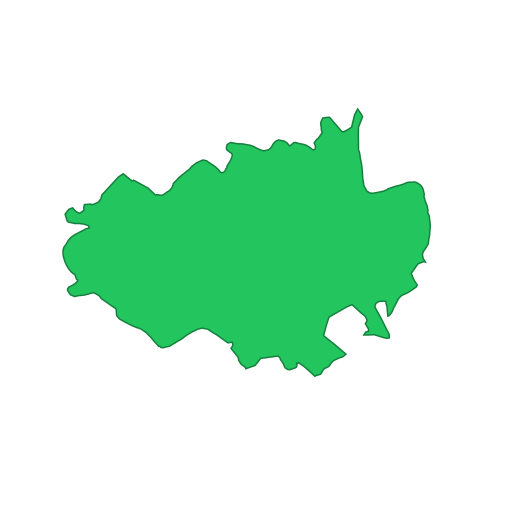 Itay Al-Barud, Al Buhayrah, Egypt, rotated 327°
{"feature_id": "37247803B96571076642873", "entity_name": "Itay Al-Barud", "entity_type": "district", "adm_level": 2, "iso_a3": "EGY", "parent_name": "Egypt", "parent_adm1": "Al Buhayrah", "projection": "orthographic", "projection_center": [30.664, 30.886], "detail": "fine", "context": "isolated", "style": "filled", "palette": "green", "viewbox_px": 512, "rotation_deg": 327, "n_neighbors": 0, "source": "geoboundaries", "source_scale": "gbopen_adm2", "svg_char_len": 6083}
<svg xmlns="http://www.w3.org/2000/svg" viewBox="0 0 512 512"><g transform="rotate(327 256 256)"><path d="M195.7,347.3L204.3,344.4L205.7,345.1L208.6,346.6L209.4,346.9L211.7,347.9L212.1,348.1L214.5,349.3L216.1,350.1L218.6,351.2L220.2,352.2L220.6,354.9L220.0,356.6L220.2,357.5L220.4,358.5L220.1,361.9L220.0,362.4L219.7,364.1L219.5,365.7L220.9,368.6L222.4,369.8L226.0,370.7L228.0,371.2L229.1,371.2L230.3,370.5L230.7,370.2L231.3,368.8L231.7,367.9L232.3,368.6L233.4,368.5L235.6,373.3L235.9,374.3L237.1,378.0L239.9,389.0L241.3,388.9L242.0,389.3L245.9,390.3L246.8,389.9L247.6,389.5L250.6,388.0L252.2,387.6L253.8,388.0L255.9,388.2L257.2,388.2L260.5,386.9L262.0,386.3L264.6,386.0L267.1,386.4L270.4,386.8L273.7,387.8L278.0,387.3L273.8,373.2L269.3,359.6L270.6,358.4L273.2,356.1L277.1,352.6L279.0,351.0L283.9,347.0L289.5,347.3L292.8,347.5L304.3,348.1L310.0,349.1L311.7,355.5L312.9,360.1L313.4,361.8L314.2,364.4L314.8,366.3L314.2,370.5L310.8,372.4L310.7,375.5L310.6,378.5L309.1,380.5L306.6,379.5L303.4,381.0L307.5,383.6L312.3,386.4L318.2,393.5L318.6,394.0L320.8,396.2L321.3,396.4L322.2,396.8L323.1,397.3L325.0,394.4L326.1,383.9L326.4,381.8L327.4,371.4L327.6,366.9L327.9,364.7L328.1,363.8L328.5,362.7L330.9,361.0L332.9,361.1L334.1,361.1L335.0,361.4L336.0,362.0L337.5,362.9L338.6,363.6L339.2,364.0L340.1,364.8L339.2,366.7L339.1,367.1L338.5,369.1L338.0,370.4L336.5,373.0L335.1,375.8L333.8,378.2L335.3,378.6L339.0,377.3L341.7,375.6L343.7,374.2L344.1,374.0L345.5,373.3L346.8,372.6L348.1,371.8L350.0,370.7L352.5,369.4L353.1,369.1L356.4,368.5L356.9,368.5L358.5,368.7L362.5,369.3L365.4,369.5L369.2,369.4L373.1,369.3L375.4,368.4L375.4,362.4L376.7,355.1L382.7,352.8L385.0,351.8L386.8,351.1L387.3,350.9L389.7,351.2L390.1,351.3L391.2,351.6L393.5,352.0L394.7,353.3L394.9,349.2L396.2,345.6L398.1,343.9L399.9,342.9L403.1,341.7L405.2,340.5L406.5,340.0L408.7,337.8L409.8,336.3L413.0,333.0L415.9,329.1L418.4,326.0L419.7,323.7L420.8,321.3L422.3,318.5L423.2,316.3L423.6,313.0L425.0,311.6L426.8,307.2L427.6,303.3L428.0,301.4L428.7,299.4L429.4,297.4L430.8,295.7L432.5,291.1L432.8,288.1L432.4,285.6L431.5,283.5L430.6,281.7L429.2,280.2L426.9,278.9L423.7,277.0L422.1,276.6L420.7,276.3L418.5,275.9L415.7,275.2L411.9,273.8L409.9,273.2L409.0,273.0L406.9,272.4L405.1,272.1L403.2,271.5L402.3,271.8L397.7,270.9L389.0,267.4L386.0,265.5L384.3,261.9L384.6,257.6L384.9,255.4L386.3,252.6L387.6,249.4L390.4,244.5L394.2,237.3L396.7,231.0L399.1,225.8L399.8,222.8L403.5,217.0L405.6,213.7L407.5,210.6L409.0,208.4L412.1,203.8L416.8,200.4L421.2,197.3L421.5,194.4L421.3,188.1L418.5,189.6L417.5,190.3L415.8,191.1L408.2,198.2L407.7,198.8L406.4,200.0L401.3,200.0L397.4,199.6L395.8,198.6L395.5,196.5L393.3,180.2L393.1,179.6L392.4,179.3L390.7,178.2L387.6,176.9L387.0,176.7L383.7,178.8L382.1,180.5L380.9,183.5L379.5,185.7L379.3,186.6L378.9,187.5L378.7,188.7L376.1,189.6L374.6,190.3L374.1,190.5L372.3,191.1L370.5,191.3L369.3,191.7L368.7,191.9L366.7,192.7L366.3,192.8L365.8,196.0L365.5,196.5L364.5,197.9L363.6,198.7L361.6,198.1L360.2,194.1L359.3,192.3L358.5,190.6L356.9,188.5L354.6,186.3L353.8,185.5L353.3,185.1L351.9,183.3L350.5,182.0L349.4,181.5L345.4,182.1L344.4,182.0L343.9,180.5L343.7,178.3L343.1,177.0L342.4,175.2L339.3,172.1L338.2,171.0L334.8,170.5L331.6,171.3L329.6,172.4L328.5,172.9L328.1,173.1L326.5,173.6L324.0,173.7L323.2,173.3L321.0,172.5L320.5,172.3L319.0,171.3L317.4,169.2L315.8,166.9L314.3,164.0L313.2,162.2L311.4,159.9L309.1,157.8L306.3,155.1L305.1,154.2L302.1,152.1L300.3,150.5L299.2,149.5L296.5,146.9L295.1,146.9L292.6,146.8L290.5,148.5L290.1,149.3L289.3,150.7L290.2,153.9L290.8,155.2L291.3,156.1L291.4,157.7L290.5,159.2L286.9,161.8L286.2,162.2L283.8,163.3L282.2,164.1L280.8,164.6L279.9,166.1L278.5,166.3L276.7,167.6L274.4,168.2L273.3,167.7L272.6,167.5L271.7,166.1L271.7,163.9L270.4,158.8L268.7,154.8L268.1,153.5L266.4,149.2L263.8,146.6L260.6,146.0L256.6,145.5L252.2,145.8L250.7,145.9L249.2,146.4L247.9,146.8L247.2,147.0L246.3,147.0L235.4,148.1L233.7,148.3L230.3,149.3L227.5,149.8L227.0,149.9L226.2,150.1L225.7,150.8L224.6,151.6L223.0,152.7L220.7,153.6L218.5,154.0L216.1,153.9L215.3,154.0L211.2,154.1L210.4,154.1L209.2,153.1L207.8,152.0L207.6,151.6L204.8,149.8L202.5,140.3L194.7,125.8L194.2,126.0L192.9,125.6L189.4,114.7L183.8,114.8L159.9,120.9L157.8,122.9L157.1,123.6L155.4,124.2L154.0,124.7L152.2,124.9L147.6,124.1L145.9,123.3L145.8,122.5L140.1,119.4L138.4,121.1L137.9,121.6L136.8,123.8L134.6,124.1L133.7,124.1L131.2,124.0L129.8,121.8L129.6,121.3L129.2,120.1L128.9,119.2L128.4,115.7L124.4,114.9L122.0,115.7L121.1,116.1L118.7,116.9L116.7,123.8L117.2,125.5L118.0,126.3L119.1,127.4L120.4,128.7L120.9,129.3L121.6,130.0L123.8,131.4L125.8,132.7L126.4,133.3L127.0,133.8L127.7,134.4L128.7,135.3L129.1,135.6L130.9,137.9L132.0,139.2L131.5,141.7L131.0,141.5L128.3,140.6L125.7,140.4L125.2,140.4L124.4,140.3L117.4,139.6L115.0,139.4L113.4,139.5L110.9,139.6L107.2,140.6L105.2,141.7L103.3,142.7L101.6,143.3L99.7,144.0L97.3,146.0L95.5,148.9L94.3,151.1L93.7,153.1L93.1,155.2L92.7,156.9L92.4,158.0L92.3,158.9L92.0,160.7L92.0,161.2L92.0,162.7L91.9,165.0L92.3,168.3L92.7,169.8L93.2,171.7L93.9,172.3L93.9,173.7L92.8,177.3L93.1,178.2L93.4,179.2L92.6,179.9L89.2,180.6L87.4,180.6L86.6,180.6L85.1,180.5L82.0,180.1L80.0,181.0L79.2,182.3L79.2,187.4L81.8,191.2L84.2,192.1L85.8,192.7L87.5,193.6L91.3,195.5L92.8,195.9L93.5,196.2L95.4,196.8L97.3,197.4L99.8,198.3L100.7,199.8L102.8,203.8L103.1,207.6L104.0,209.8L104.7,211.5L108.7,221.4L109.6,223.3L109.7,224.8L108.9,225.8L108.0,227.6L107.2,229.1L106.7,230.4L107.2,234.4L110.3,240.4L111.7,242.7L112.1,243.4L114.2,247.1L116.9,250.9L119.8,254.6L122.2,260.5L123.6,267.6L124.0,271.6L125.3,279.0L126.2,279.3L126.4,280.9L128.0,282.3L131.0,283.3L131.8,283.6L134.1,284.5L140.2,284.8L142.8,284.8L143.6,284.8L147.2,285.1L150.5,285.0L151.1,284.9L154.4,284.6L158.2,284.8L161.8,284.9L164.6,285.4L167.3,285.6L171.4,287.1L175.7,291.1L176.3,292.6L176.7,293.7L177.4,295.1L178.3,297.1L180.1,300.7L185.1,313.5L189.2,315.4L188.0,318.4L184.7,319.9L185.9,331.4L184.7,333.9L184.5,338.2L185.5,341.2L186.5,343.9L186.0,345.0L191.2,346.2L192.8,346.6L194.2,347.0L195.7,347.3Z" fill="#22c55e" stroke="#15803d" stroke-width="1.5"/></g></svg>